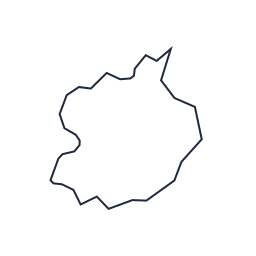 map outline of Bedford (Natural Earth projection), rotated 300°
{"feature_id": "GBR-5698", "entity_name": "Bedford", "entity_type": "Unitary Authority", "adm_level": 1, "iso_a3": "GBR", "parent_name": "United Kingdom", "parent_adm1": "", "projection": "natural_earth1", "projection_center": [-0.481, 52.188], "detail": "fine", "context": "isolated", "style": "outline", "palette": "slate", "viewbox_px": 256, "rotation_deg": 300, "n_neighbors": 0, "source": "natural_earth", "source_scale": "10m", "svg_char_len": 553}
<svg xmlns="http://www.w3.org/2000/svg" viewBox="0 0 256 256"><g transform="rotate(300 128 128)"><path d="M74.3,180.2L67.8,167.9L48.3,151.6L53.0,135.3L38.1,125.2L47.1,111.7L46.2,98.9L42.8,91.1L44.0,87.0L66.7,83.0L72.6,84.4L81.0,93.3L88.9,94.6L93.0,92.4L96.0,86.2L96.0,73.1L105.9,61.8L125.8,58.5L138.9,65.0L143.6,76.1L165.0,82.0L166.3,96.8L172.1,105.3L176.3,107.0L182.7,104.2L199.9,107.0L200.5,119.3L217.9,125.5L185.8,132.8L177.2,153.3L179.7,175.4L155.1,197.5L125.5,191.2L105.7,194.4L74.3,180.2Z" fill="none" stroke="#1e293b" stroke-width="2"/></g></svg>